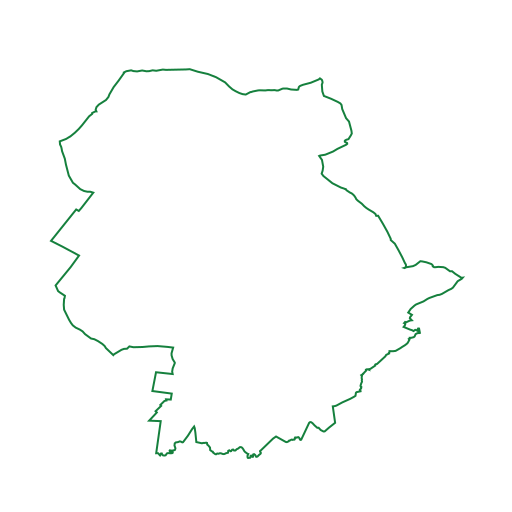 the district of Marghita, Bihor, Romania, rotated 353°
{"feature_id": "2599482B95989289587236", "entity_name": "Marghita", "entity_type": "district", "adm_level": 2, "iso_a3": "ROU", "parent_name": "Romania", "parent_adm1": "Bihor", "projection": "natural_earth1", "projection_center": [22.362, 47.382], "detail": "fine", "context": "isolated", "style": "outline", "palette": "green", "viewbox_px": 512, "rotation_deg": 353, "n_neighbors": 0, "source": "geoboundaries", "source_scale": "gbopen_adm2", "svg_char_len": 6041}
<svg xmlns="http://www.w3.org/2000/svg" viewBox="0 0 512 512"><g transform="rotate(353 256 256)"><path d="M263.9,444.5L265.9,443.9L266.1,443.5L266.5,443.2L267.4,443.2L268.7,442.6L269.3,442.6L270.0,443.0L270.9,442.8L271.8,442.9L272.4,442.1L272.3,441.5L272.7,440.9L273.5,441.0L274.3,441.3L274.8,441.0L276.1,441.0L277.0,442.3L277.2,443.5L278.0,444.0L278.5,443.8L288.4,428.1L289.1,427.6L290.0,427.5L290.6,427.8L291.7,428.8L293.5,431.3L295.9,434.0L297.2,434.1L299.0,436.6L301.3,438.2L302.0,438.5L302.9,438.4L307.6,435.2L314.2,431.2L313.9,414.6L315.7,414.6L317.5,414.3L323.9,411.8L332.0,409.3L336.3,407.6L337.7,406.9L338.5,404.0L339.2,403.4L343.3,403.0L343.3,402.6L342.7,402.2L342.7,401.6L342.9,401.2L343.6,400.8L344.2,400.2L344.2,399.5L344.6,399.0L344.6,398.7L344.1,398.3L343.9,397.8L344.0,397.3L345.0,395.1L345.9,393.7L345.8,392.3L346.2,391.2L346.0,390.4L346.2,388.8L346.6,387.9L346.0,387.1L347.3,386.5L347.7,386.0L348.0,386.1L349.3,384.8L351.1,383.4L351.5,382.8L351.2,382.5L351.2,382.4L351.8,382.3L351.9,382.0L352.8,382.0L354.1,382.6L353.9,382.1L355.7,382.0L361.0,379.3L361.0,378.5L361.4,378.1L363.0,377.9L372.1,371.4L373.2,370.0L376.2,369.0L376.0,368.4L376.8,367.6L376.9,366.7L380.3,367.2L383.0,367.2L388.0,365.1L389.9,364.1L393.0,362.7L395.0,361.5L396.0,360.7L398.0,357.9L397.6,357.0L398.5,356.7L398.6,355.9L400.2,356.1L402.6,355.8L403.6,355.2L404.9,353.0L406.1,352.5L407.4,352.2L408.8,352.4L409.3,352.3L409.0,347.9L408.1,347.7L407.7,348.2L407.8,349.8L407.6,350.2L405.7,348.9L405.0,348.7L403.2,349.7L401.9,348.7L399.7,347.7L393.9,344.4L395.2,343.1L395.9,341.7L395.8,341.3L395.5,340.9L394.9,340.6L396.0,339.6L396.9,340.1L400.4,339.0L401.5,338.8L402.8,338.8L401.1,336.5L401.5,335.5L403.6,333.4L400.2,330.7L403.1,327.4L407.3,324.5L409.0,323.6L416.7,321.5L420.9,319.5L422.9,318.8L431.2,316.9L433.5,316.9L435.9,316.3L442.9,313.3L445.8,312.4L447.6,311.4L453.1,305.6L457.4,303.7L458.5,302.7L457.3,302.7L451.6,298.0L448.7,295.0L446.7,294.8L442.4,290.8L440.5,289.9L435.6,289.0L432.7,289.0L431.4,288.8L430.4,288.0L430.6,287.8L429.9,286.2L429.0,285.3L424.3,283.0L420.5,281.7L418.5,281.2L413.4,284.3L410.6,285.2L403.6,285.5L402.0,286.1L401.6,285.9L402.6,285.7L403.4,285.0L403.7,284.2L403.7,282.7L402.9,281.0L401.0,275.1L398.1,267.5L395.3,260.7L391.7,256.6L391.8,255.3L389.4,248.1L385.9,239.5L382.1,230.9L380.2,230.8L379.7,228.9L377.9,227.0L373.5,223.6L371.4,221.8L369.5,219.8L367.4,217.0L363.9,213.6L362.9,212.4L362.3,211.5L362.0,210.4L361.0,208.4L360.1,207.1L358.6,205.5L357.0,204.5L354.0,201.9L353.4,201.1L353.2,200.5L352.7,200.5L351.6,199.8L348.6,198.4L340.7,193.1L332.7,184.9L331.2,182.3L332.5,179.5L333.6,175.6L333.2,168.7L330.9,164.4L331.9,164.1L337.1,163.9L345.2,161.7L349.9,159.6L359.2,156.5L360.2,155.8L360.2,155.0L358.1,153.5L358.1,152.7L358.5,152.2L359.9,151.6L362.0,151.3L364.8,147.9L366.0,146.1L366.0,143.4L364.7,133.9L362.2,130.2L359.5,120.7L359.3,116.5L358.3,114.8L355.9,113.0L349.7,109.1L342.9,105.4L341.9,100.8L342.2,94.0L343.2,92.0L343.2,90.6L342.8,89.1L341.1,87.5L339.8,88.4L331.5,90.7L323.5,91.8L321.1,92.4L320.0,92.8L319.1,93.6L318.2,95.9L316.8,96.1L311.1,95.0L307.3,93.6L303.3,93.1L302.4,93.2L298.3,94.4L296.8,94.3L294.7,93.6L291.9,93.4L288.2,92.8L285.3,92.8L280.1,92.0L278.3,91.9L273.0,92.3L271.0,92.7L270.5,92.6L265.5,94.5L262.4,93.7L259.3,92.2L255.8,89.9L252.9,87.7L250.0,84.5L246.5,79.9L238.2,73.7L230.4,69.5L220.7,66.0L213.0,62.5L209.2,62.3L189.4,60.3L186.2,59.6L179.6,60.0L176.0,59.1L172.5,59.5L169.8,59.3L165.6,58.0L160.5,58.3L156.8,57.5L154.7,56.5L149.8,56.8L147.3,57.7L147.5,58.1L141.0,65.2L135.3,71.0L130.2,77.7L128.9,80.2L126.1,82.9L118.4,86.6L115.8,88.8L114.7,91.2L115.2,93.0L114.2,92.9L110.8,94.1L110.7,95.0L107.4,97.0L99.4,104.9L95.6,108.3L91.2,111.6L86.6,114.5L81.7,116.7L75.2,118.3L75.1,121.4L75.9,123.8L76.1,125.2L76.3,128.4L78.1,136.1L78.5,142.0L80.0,153.4L83.2,161.0L85.2,163.0L89.7,168.2L93.2,170.5L96.6,171.7L99.3,172.0L102.2,173.3L88.5,187.1L85.6,189.7L83.2,187.9L54.4,216.0L65.0,223.1L80.4,234.0L70.7,244.4L53.5,260.8L55.3,266.7L56.8,268.2L61.5,272.2L60.8,274.5L60.3,275.2L59.2,281.1L59.0,285.9L62.7,296.5L64.2,299.9L65.7,302.5L68.3,305.1L72.2,307.6L74.7,309.7L76.8,312.7L82.2,317.8L85.4,318.9L88.8,321.2L92.8,324.6L94.8,326.9L95.8,329.1L102.3,337.0L103.0,336.3L111.1,332.7L113.7,332.1L116.7,332.3L119.3,330.3L123.2,331.6L132.4,332.5L138.8,332.7L147.3,333.4L156.9,335.4L162.6,336.8L160.3,342.3L160.1,344.3L160.7,348.1L162.4,351.9L162.3,352.5L159.6,357.4L158.7,360.5L158.9,363.0L142.6,359.2L136.7,377.4L155.6,382.3L153.9,388.1L149.3,387.3L149.5,388.5L147.5,388.7L142.9,392.2L143.6,393.2L137.4,397.8L138.5,399.2L129.9,406.4L141.3,408.3L132.9,439.6L134.7,439.8L135.1,440.3L136.1,441.6L136.2,442.1L136.5,442.3L136.9,441.7L137.5,440.5L138.4,440.5L138.8,441.8L139.5,442.6L140.9,442.9L142.0,442.8L143.5,441.1L144.6,440.9L146.7,441.3L148.4,441.5L149.2,441.3L149.4,441.0L149.4,440.7L148.0,440.4L147.2,440.1L146.7,439.4L146.5,438.8L146.8,438.4L148.9,439.0L151.1,438.8L152.0,438.5L152.6,437.0L152.0,434.2L152.5,432.1L153.6,431.3L155.9,431.2L157.8,430.7L158.8,431.1L160.1,432.0L160.9,431.9L166.5,426.1L171.4,420.1L173.8,417.7L174.2,419.4L174.3,423.9L174.1,433.4L179.5,435.3L180.9,435.1L182.3,435.3L183.8,435.2L184.6,435.6L184.6,437.1L184.8,437.5L185.5,438.1L187.0,440.5L186.9,443.1L188.5,444.6L189.3,445.0L189.4,445.8L191.3,447.6L191.9,447.9L192.5,447.9L193.4,447.3L194.8,447.7L195.9,447.4L197.0,447.5L199.0,448.5L200.0,448.7L200.9,448.6L201.7,448.2L204.3,447.8L204.7,446.0L205.8,445.6L207.0,446.7L207.6,446.6L208.7,445.4L209.7,445.3L210.5,446.4L211.9,446.5L213.3,445.4L214.7,445.0L216.6,443.8L217.4,443.8L218.3,444.1L219.0,444.8L219.9,446.4L220.6,448.2L221.3,449.2L223.4,451.2L224.2,451.6L223.2,453.3L223.1,454.6L223.2,455.2L223.5,455.5L225.6,455.5L226.0,454.9L226.3,453.7L226.7,453.5L227.2,453.6L227.9,454.9L228.5,454.9L228.8,454.2L228.8,453.0L229.2,452.5L230.1,452.5L231.0,453.5L231.7,455.3L232.3,455.4L233.2,455.1L234.5,454.0L236.0,453.1L236.6,452.6L236.8,451.9L236.2,450.6L236.2,450.2L236.4,449.9L236.9,449.7L250.7,439.3L253.9,437.6L262.9,444.2L263.9,444.5Z" fill="none" stroke="#15803d" stroke-width="2"/></g></svg>